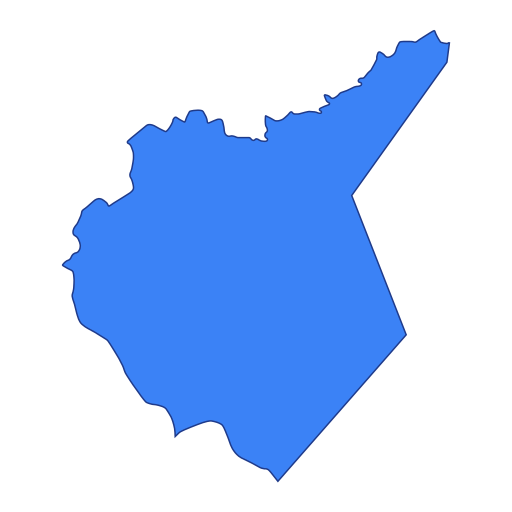 Mapulaca, Lempira, Honduras
{"feature_id": "27666195B86769903642722", "entity_name": "Mapulaca", "entity_type": "district", "adm_level": 2, "iso_a3": "HND", "parent_name": "Honduras", "parent_adm1": "Lempira", "projection": "robinson", "projection_center": [-88.627, 14.049], "detail": "fine", "context": "isolated", "style": "filled", "palette": "blue", "viewbox_px": 512, "rotation_deg": 0, "n_neighbors": 0, "source": "geoboundaries", "source_scale": "gbopen_adm2", "svg_char_len": 5941}
<svg xmlns="http://www.w3.org/2000/svg" viewBox="0 0 512 512"><path d="M449.4,42.9L448.7,42.8L447.6,43.4L446.6,43.5L443.8,43.1L440.6,42.2L438.7,39.3L437.0,36.3L435.7,33.6L434.8,31.2L434.5,30.9L434.1,30.7L432.5,31.4L429.5,33.2L420.8,38.7L419.0,39.9L416.9,41.5L415.7,42.1L415.2,42.2L414.7,42.2L412.2,41.6L409.6,41.5L403.5,41.5L401.0,41.7L399.9,42.0L399.6,42.3L399.0,43.1L397.5,46.0L396.7,47.8L395.8,50.9L395.2,52.2L394.8,53.0L393.8,54.2L392.6,55.3L391.2,56.2L390.1,56.8L389.0,57.1L387.9,57.3L387.3,57.2L386.4,57.0L385.3,56.2L383.7,54.4L382.0,53.2L379.9,52.0L379.3,52.0L378.8,52.1L378.3,52.5L378.0,52.9L377.6,53.9L377.2,55.1L376.8,56.8L376.8,58.9L376.6,59.7L374.0,64.8L371.1,70.0L370.5,70.6L369.2,71.7L367.7,73.2L364.9,76.7L364.1,77.6L363.4,78.0L362.7,78.2L362.0,78.3L361.1,78.2L360.2,78.4L359.3,78.9L358.6,79.7L358.4,80.3L358.3,80.7L358.4,81.3L358.7,81.8L359.0,82.1L359.3,82.3L360.3,82.5L360.8,82.7L361.1,83.0L361.4,83.4L361.5,83.9L361.5,84.4L361.3,84.8L361.1,85.2L360.5,85.6L359.3,86.1L358.2,86.3L356.1,86.5L354.3,87.0L346.8,90.6L341.1,92.6L340.4,93.0L339.7,93.5L338.1,95.3L336.6,96.5L335.1,97.5L333.3,98.3L332.5,98.4L331.6,98.2L330.9,97.8L329.9,96.8L328.8,96.0L327.4,95.4L325.8,95.0L325.0,94.8L324.7,95.0L324.4,95.3L324.4,95.7L325.3,98.2L326.3,100.5L326.8,101.3L327.5,101.9L328.2,102.4L329.3,103.0L329.5,103.3L329.5,103.9L329.2,104.4L328.6,104.8L324.3,106.4L321.0,107.9L320.1,108.4L319.8,108.7L319.6,108.9L319.5,109.4L319.5,109.9L319.6,110.2L319.9,110.5L320.1,110.7L321.0,111.1L321.3,111.5L321.4,111.9L321.4,112.3L321.3,112.7L320.8,113.2L320.0,113.3L318.8,113.2L316.4,112.3L314.6,111.9L309.1,111.5L307.9,111.7L305.1,112.3L299.5,113.8L298.2,114.0L294.8,114.0L294.2,113.9L293.6,113.7L292.9,113.2L291.9,112.1L291.4,111.9L291.0,111.9L290.6,112.1L290.1,112.4L287.8,115.0L284.6,117.9L282.9,119.2L281.7,119.8L280.1,120.4L278.4,120.8L277.1,120.9L275.9,120.9L274.8,120.6L270.4,118.1L265.9,115.9L265.7,115.9L265.5,116.2L265.3,119.2L265.3,121.8L265.5,124.4L265.8,125.9L266.7,127.5L267.1,128.5L267.3,129.3L267.4,130.3L267.3,131.0L267.0,131.6L266.7,132.0L265.9,132.7L265.3,133.5L265.0,134.5L264.9,135.6L265.0,136.3L265.4,137.1L266.0,137.8L267.1,138.5L267.4,139.0L267.5,139.5L267.4,140.1L267.1,140.6L266.5,141.0L265.9,141.2L265.2,141.3L264.1,141.3L261.4,141.0L259.8,140.4L257.8,139.2L256.6,138.9L256.1,138.9L255.6,139.1L255.3,139.3L254.6,140.0L254.2,140.2L253.6,140.4L253.0,140.3L252.6,140.2L252.0,139.9L251.4,139.4L250.4,138.2L249.7,137.8L249.1,137.6L238.0,137.6L236.9,137.4L234.7,136.5L232.8,136.0L231.4,135.9L229.2,136.3L228.3,136.2L227.4,135.9L226.5,135.3L225.8,134.7L225.1,133.7L224.7,132.8L224.3,131.0L223.9,127.3L223.2,123.9L222.8,122.3L222.5,121.3L222.1,120.5L221.6,119.9L221.0,119.5L220.4,119.3L219.0,119.2L217.8,119.3L216.8,119.6L214.0,120.7L209.0,122.9L208.4,123.0L208.0,122.9L207.6,122.6L207.4,122.2L206.9,119.4L206.1,117.0L205.5,115.8L203.3,111.8L202.7,111.2L202.2,110.8L201.6,110.6L200.0,110.3L197.9,110.2L193.7,110.5L191.4,110.9L190.2,111.2L189.7,111.5L189.2,112.2L186.9,116.7L186.1,118.7L185.2,121.3L185.0,121.7L184.6,122.0L184.4,122.0L182.7,121.2L179.9,119.7L176.4,117.4L175.7,117.2L174.9,117.4L174.0,118.2L173.3,119.3L173.1,119.6L172.8,121.3L172.4,122.4L171.4,124.5L170.2,126.6L169.2,128.1L167.9,129.8L166.5,131.2L166.0,131.5L165.5,131.5L164.8,131.3L162.5,130.2L159.5,128.7L154.3,125.8L152.3,125.0L150.2,124.6L148.9,124.6L147.6,124.9L146.5,125.5L130.9,138.3L128.2,140.7L127.6,141.4L127.4,141.9L127.4,142.5L127.7,143.0L128.0,143.3L129.2,143.9L129.8,144.4L130.4,145.2L131.0,146.1L132.0,148.6L132.9,151.2L133.2,152.2L133.4,153.6L133.5,155.6L133.5,157.9L133.4,159.5L133.0,162.3L131.8,168.8L131.2,170.7L130.2,173.1L130.0,174.0L129.9,174.9L130.0,176.0L130.2,176.8L131.5,179.2L132.2,181.1L132.6,182.5L133.2,185.0L133.5,187.0L133.5,188.0L133.3,189.1L132.8,190.1L131.7,191.4L130.1,192.8L123.5,197.0L113.8,203.0L110.3,205.4L109.2,206.0L108.8,206.0L108.3,205.7L107.4,203.9L106.9,203.1L106.2,202.4L103.8,200.5L102.7,199.8L101.7,199.2L100.2,198.8L99.3,198.7L98.4,198.7L96.6,199.2L94.9,200.1L93.3,201.4L87.4,206.6L85.3,208.3L83.3,209.7L82.3,210.7L81.8,211.7L81.4,213.9L80.8,215.9L78.1,222.0L77.0,224.0L75.4,226.0L74.4,227.5L73.9,228.4L73.5,229.5L73.1,230.7L73.0,231.9L73.1,233.2L73.4,234.1L73.8,234.7L74.1,235.1L76.2,236.5L76.8,237.0L77.5,237.8L78.3,239.1L79.0,240.8L79.6,242.2L80.1,244.2L80.3,245.5L80.2,247.1L79.9,248.7L79.2,250.3L78.6,251.1L78.1,251.8L77.0,252.5L76.4,252.8L75.3,253.0L74.6,253.3L73.3,254.1L72.6,254.8L72.0,255.6L71.5,256.5L70.8,258.0L70.0,259.1L69.0,259.9L66.7,260.9L65.2,262.0L64.3,262.8L63.1,264.2L62.7,264.7L62.6,265.1L62.8,265.5L63.5,266.0L67.6,268.4L70.9,270.0L72.2,270.8L72.7,271.4L73.1,272.1L73.6,274.3L73.9,276.9L74.1,280.1L74.0,283.8L73.8,287.5L73.6,289.2L73.1,291.7L72.3,294.4L72.2,295.4L72.2,296.3L72.8,299.0L74.5,304.2L76.7,313.1L77.4,315.5L78.6,319.1L79.8,321.5L80.6,322.8L81.8,324.1L83.0,325.1L85.2,326.8L88.0,328.5L94.6,332.1L101.2,336.2L106.3,339.4L107.2,340.1L107.8,340.7L110.0,343.9L112.9,348.5L116.8,354.9L118.9,358.4L122.5,365.4L123.4,367.5L124.3,370.2L124.9,371.8L125.6,373.3L127.3,376.1L130.4,380.9L133.3,385.2L137.9,391.6L141.3,396.4L143.8,399.6L145.5,401.6L146.2,402.2L146.9,402.6L148.4,403.2L150.0,403.7L152.3,404.3L155.8,404.7L158.1,405.2L159.9,405.7L162.4,406.5L163.7,407.1L164.6,407.6L165.4,408.2L166.2,409.0L168.6,412.7L171.0,416.8L171.9,418.9L172.8,421.4L173.8,424.9L174.6,428.5L175.0,432.2L175.2,436.5L178.9,432.9L179.9,432.1L181.1,431.4L184.4,429.8L190.6,427.2L197.5,424.5L202.8,422.6L207.1,421.4L209.4,421.0L210.6,420.9L211.8,421.0L214.2,421.5L216.7,422.2L218.6,422.9L220.1,423.6L221.6,424.5L222.4,425.3L223.1,426.3L224.0,427.9L225.5,431.3L228.1,437.8L230.6,444.8L231.6,447.0L232.5,448.8L233.8,450.8L235.4,452.9L236.8,454.4L238.8,456.2L241.4,457.9L251.4,462.8L260.0,467.5L261.4,468.1L263.1,468.5L264.5,468.8L266.1,468.8L266.8,469.0L267.5,469.3L268.2,469.6L269.3,470.6L270.8,472.3L277.9,481.3L406.2,334.8L351.7,195.5L446.9,62.2L449.4,42.9Z" fill="#3b82f6" stroke="#1e3a8a" stroke-width="1.5"/></svg>